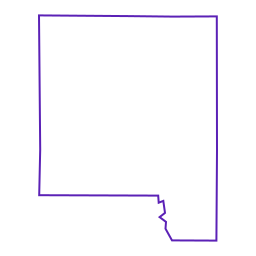 Johnson, Iowa, United States of America (orthographic projection)
{"feature_id": "52423323B53709220600977", "entity_name": "Johnson", "entity_type": "district", "adm_level": 2, "iso_a3": "USA", "parent_name": "United States of America", "parent_adm1": "Iowa", "projection": "orthographic", "projection_center": [-91.562, 41.643], "detail": "fine", "context": "isolated", "style": "outline", "palette": "violet", "viewbox_px": 256, "rotation_deg": 0, "n_neighbors": 0, "source": "geoboundaries", "source_scale": "gbopen_adm2", "svg_char_len": 322}
<svg xmlns="http://www.w3.org/2000/svg" viewBox="0 0 256 256"><path d="M39.0,15.4L40.2,149.6L39.2,195.2L158.2,195.6L158.7,202.7L163.3,200.9L165.0,212.9L159.6,217.1L166.0,221.9L165.5,228.7L172.0,240.4L216.4,240.6L217.0,150.7L216.8,16.4L172.6,16.6L128.2,16.1L39.0,15.4Z" fill="none" stroke="#5b21b6" stroke-width="2"/></svg>